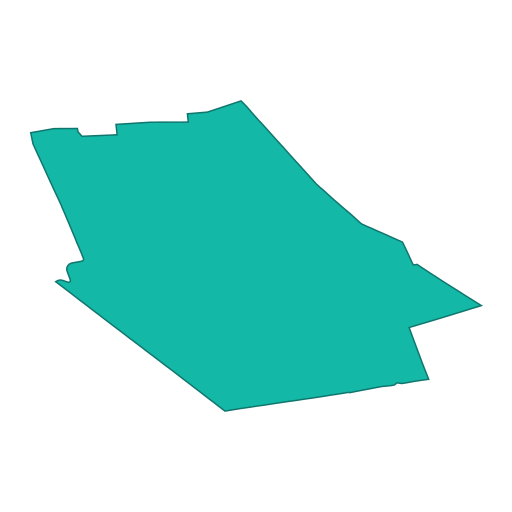 outline of Valcani, Timis, Romania
{"feature_id": "2599482B41795627389430", "entity_name": "Valcani", "entity_type": "district", "adm_level": 2, "iso_a3": "ROU", "parent_name": "Romania", "parent_adm1": "Timis", "projection": "natural_earth1", "projection_center": [20.407, 46.006], "detail": "fine", "context": "isolated", "style": "filled", "palette": "teal", "viewbox_px": 512, "rotation_deg": 0, "n_neighbors": 0, "source": "geoboundaries", "source_scale": "gbopen_adm2", "svg_char_len": 2163}
<svg xmlns="http://www.w3.org/2000/svg" viewBox="0 0 512 512"><path d="M481.3,305.6L473.7,300.8L466.0,296.0L458.4,291.1L450.7,286.3L442.2,280.9L429.9,272.9L421.2,267.2L417.1,264.4L413.7,265.0L413.3,264.9L412.8,263.9L412.3,263.0L406.9,251.3L404.0,245.2L402.5,242.2L402.1,241.9L397.6,240.0L389.2,236.2L381.9,232.9L379.9,232.1L375.0,229.9L372.2,228.6L366.7,226.3L361.8,224.0L360.7,223.2L360.2,222.8L353.2,216.4L348.6,212.3L348.2,212.1L347.8,211.7L343.9,208.4L339.6,204.7L334.4,200.2L328.5,194.9L322.5,189.4L320.0,187.4L315.9,183.6L314.9,182.4L311.1,178.2L302.7,168.9L297.7,163.3L296.3,161.9L291.1,156.1L290.1,155.0L283.5,147.6L276.0,139.4L269.4,132.0L262.1,123.9L260.0,121.6L259.7,121.5L254.1,115.2L246.6,106.5L241.0,100.9L231.4,104.1L207.3,112.1L187.4,113.8L188.3,122.1L150.7,122.2L116.0,124.4L117.1,134.8L82.0,136.3L78.0,131.8L77.4,128.5L54.0,128.6L48.9,129.5L30.7,132.7L31.1,134.6L33.0,143.9L36.3,151.2L39.4,157.9L42.6,164.8L46.4,173.2L49.7,180.4L53.4,188.5L57.6,197.4L61.5,205.8L61.8,206.8L64.2,212.3L66.6,218.0L68.9,223.4L71.2,228.9L73.5,234.4L75.8,239.9L76.5,241.9L78.0,245.2L80.8,251.8L83.3,258.2L83.5,258.3L83.5,259.8L83.0,260.6L82.3,261.0L80.6,261.4L71.4,263.1L69.3,264.1L67.8,265.7L67.0,267.3L66.7,269.4L67.1,271.2L70.3,279.9L70.4,280.8L70.0,281.7L69.1,282.2L68.2,282.3L62.4,280.3L60.5,280.0L58.6,280.3L57.5,280.7L55.7,281.7L55.9,281.9L57.6,283.1L64.8,288.6L72.1,294.2L79.4,299.9L86.7,305.4L91.5,309.1L92.2,309.7L97.4,313.6L103.9,318.6L112.0,324.8L117.7,329.1L123.5,333.5L129.8,338.4L135.7,342.8L141.5,347.2L146.3,350.9L151.7,355.0L157.7,359.5L163.6,364.1L171.0,369.6L177.1,374.3L182.9,378.8L188.6,383.1L194.1,387.4L199.9,391.8L208.4,398.4L213.7,402.4L219.4,406.8L225.0,411.1L232.7,409.8L240.8,408.5L249.2,407.3L256.9,406.1L264.5,405.1L271.4,404.0L279.3,402.8L287.4,401.6L296.2,400.4L304.0,399.2L311.9,398.1L321.1,396.7L331.0,395.1L339.7,393.8L349.0,392.3L349.7,392.7L355.0,391.6L374.4,387.9L381.9,386.5L391.1,385.6L393.8,385.1L394.6,384.9L396.5,383.2L397.2,382.9L401.7,383.5L406.4,382.8L415.6,381.1L418.4,380.8L421.1,380.3L428.7,379.3L423.0,364.9L414.7,342.7L409.1,327.5L440.3,318.2L481.3,305.6Z" fill="#14b8a6" stroke="#0f766e" stroke-width="1.5"/></svg>